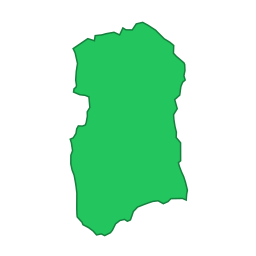 Timi, Paphos, Cyprus, rotated 347°
{"feature_id": "46923920B82812647647979", "entity_name": "Timi", "entity_type": "district", "adm_level": 2, "iso_a3": "CYP", "parent_name": "Cyprus", "parent_adm1": "Paphos", "projection": "natural_earth1", "projection_center": [32.506, 34.725], "detail": "fine", "context": "isolated", "style": "filled", "palette": "green", "viewbox_px": 256, "rotation_deg": 347, "n_neighbors": 0, "source": "geoboundaries", "source_scale": "gbopen_adm2", "svg_char_len": 1389}
<svg xmlns="http://www.w3.org/2000/svg" viewBox="0 0 256 256"><g transform="rotate(347 128 128)"><path d="M58.5,203.2L59.8,205.6L62.0,209.5L62.4,212.1L67.2,216.2L70.9,220.6L73.3,225.1L78.2,225.2L81.1,227.6L87.3,226.1L89.9,224.0L94.3,218.6L99.3,216.3L104.1,216.3L106.4,218.7L109.7,218.1L112.0,214.5L114.4,210.6L119.5,207.2L125.8,206.2L131.4,205.5L135.7,205.1L141.0,205.7L145.4,209.7L150.4,208.7L153.9,206.5L165.3,208.9L168.5,211.3L170.3,205.6L171.9,201.9L171.8,194.0L171.3,188.1L170.2,182.6L169.4,176.9L169.3,173.1L171.9,171.8L175.9,154.2L172.8,148.1L174.2,143.0L174.1,137.4L174.6,130.1L175.4,125.3L176.9,123.7L180.3,120.3L179.9,110.8L185.8,107.6L188.8,99.6L191.4,95.8L194.5,94.1L194.2,89.7L196.4,84.9L197.5,78.9L197.2,77.2L191.3,69.2L189.1,65.4L191.1,57.9L188.1,53.9L183.3,49.2L177.9,40.6L176.9,38.9L170.5,32.3L166.1,28.4L159.5,28.4L154.2,33.4L148.1,31.9L145.5,29.4L140.8,35.4L135.9,31.6L127.9,31.2L123.4,31.4L116.8,30.6L114.9,35.4L108.9,31.9L92.4,38.3L93.4,42.8L93.3,53.8L90.4,61.0L87.8,69.6L87.4,74.9L86.5,76.6L84.3,77.6L83.0,80.7L88.5,84.7L93.7,86.6L96.9,88.9L96.3,93.2L95.4,99.5L91.9,103.1L91.0,107.5L88.6,113.1L87.2,115.4L84.0,115.9L80.1,114.8L77.8,117.3L76.1,121.6L72.4,125.3L69.2,125.9L69.5,129.6L68.9,137.6L66.2,141.7L64.2,150.1L64.1,156.3L64.9,162.0L64.6,168.5L64.3,172.9L63.5,180.0L60.1,194.4L58.9,200.3L58.5,203.2Z" fill="#22c55e" stroke="#15803d" stroke-width="1.5"/></g></svg>